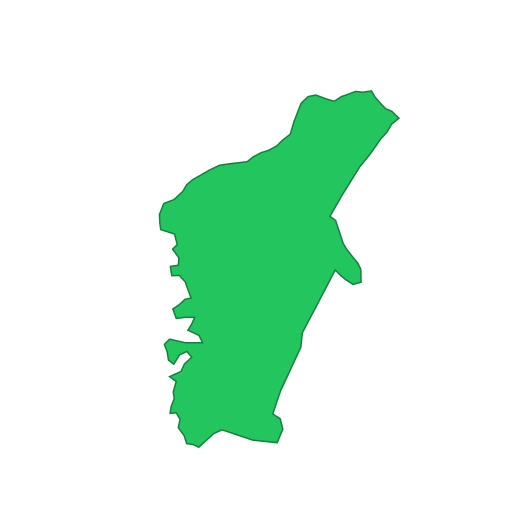 the district of Quatro Pontes, Paraná, Brazil, rotated 206°
{"feature_id": "56859067B95134606525009", "entity_name": "Quatro Pontes", "entity_type": "district", "adm_level": 2, "iso_a3": "BRA", "parent_name": "Brazil", "parent_adm1": "Paraná", "projection": "mercator", "projection_center": [-53.971, -24.574], "detail": "fine", "context": "isolated", "style": "filled", "palette": "green", "viewbox_px": 512, "rotation_deg": 206, "n_neighbors": 0, "source": "geoboundaries", "source_scale": "gbopen_adm2", "svg_char_len": 1512}
<svg xmlns="http://www.w3.org/2000/svg" viewBox="0 0 512 512"><g transform="rotate(206 256 256)"><path d="M187.9,442.5L197.5,445.6L203.9,445.2L209.5,447.1L218.9,451.1L224.6,455.0L231.8,450.0L238.6,447.6L243.4,442.5L249.2,436.6L253.6,429.3L261.4,428.0L272.8,426.9L279.0,422.2L282.4,413.0L280.8,393.6L278.6,380.5L283.0,371.5L285.6,364.0L291.2,356.3L296.6,351.2L302.2,343.6L305.3,336.8L318.5,328.4L328.5,321.6L335.6,312.7L342.3,302.7L346.2,297.2L349.5,289.7L350.1,282.0L354.5,270.7L361.9,262.8L361.0,251.0L356.9,243.5L353.2,238.0L338.8,240.0L331.8,231.7L334.0,225.6L324.4,220.5L321.8,213.6L328.4,209.1L323.1,201.4L316.3,204.9L308.4,201.8L301.8,195.4L295.9,189.7L300.8,186.0L303.6,178.7L307.5,171.9L300.3,164.9L292.8,169.8L284.2,173.9L284.0,166.4L284.6,159.4L278.4,159.6L272.4,159.6L266.1,154.6L281.4,147.1L291.4,144.7L297.2,143.4L299.6,136.5L293.8,130.9L289.0,124.0L282.4,122.7L281.4,133.7L276.2,139.9L269.4,136.8L273.0,127.5L272.8,119.4L280.8,109.7L272.7,108.2L270.8,97.6L267.0,92.0L266.2,83.2L264.2,76.9L259.0,80.1L252.6,75.9L250.6,67.6L242.0,63.2L236.1,57.0L229.8,59.0L223.6,59.0L216.1,77.9L210.4,84.9L178.1,89.1L155.1,97.5L156.0,112.1L162.9,120.3L171.7,121.4L174.8,145.4L175.7,193.6L180.7,207.4L179.5,246.2L178.7,278.0L171.3,275.6L165.3,274.1L156.3,273.0L150.1,278.5L155.9,289.9L161.6,294.4L169.3,297.8L177.3,301.7L183.1,305.5L200.1,322.9L206.9,324.0L205.4,347.1L201.9,381.2L198.2,397.1L196.4,408.1L195.3,415.7L192.6,424.6L191.9,433.9L187.9,442.5Z" fill="#22c55e" stroke="#15803d" stroke-width="1.5"/></g></svg>